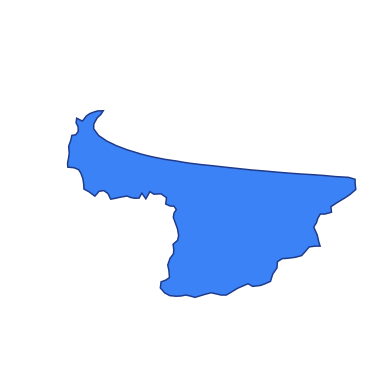 the district of Praia Grande, São Paulo, Brazil, rotated 213°
{"feature_id": "56859067B11159751681526", "entity_name": "Praia Grande", "entity_type": "district", "adm_level": 2, "iso_a3": "BRA", "parent_name": "Brazil", "parent_adm1": "São Paulo", "projection": "robinson", "projection_center": [-46.504, -24.018], "detail": "fine", "context": "isolated", "style": "filled", "palette": "blue", "viewbox_px": 384, "rotation_deg": 213, "n_neighbors": 0, "source": "geoboundaries", "source_scale": "gbopen_adm2", "svg_char_len": 1772}
<svg xmlns="http://www.w3.org/2000/svg" viewBox="0 0 384 384"><g transform="rotate(213 192 192)"><path d="M62.2,291.5L68.8,289.5L80.0,283.1L90.0,277.9L99.6,272.6L110.5,266.4L119.6,261.4L130.5,255.5L143.4,248.7L153.7,243.1L165.5,237.1L177.3,231.1L188.3,225.6L193.0,223.2L198.6,220.3L209.2,215.1L215.1,212.4L220.8,210.0L232.6,204.6L244.4,199.9L249.7,198.0L255.9,195.9L269.7,192.0L280.9,189.6L291.2,188.3L301.0,188.5L308.8,191.4L311.4,195.5L311.9,202.6L310.7,207.4L310.7,211.8L315.4,208.5L318.0,205.4L320.4,202.1L322.0,198.2L322.5,191.8L328.9,191.1L327.0,187.0L323.0,184.6L320.4,180.8L320.7,176.7L323.6,174.0L321.9,169.6L320.3,163.1L316.0,157.5L313.7,152.5L312.2,148.6L309.7,145.2L304.1,148.1L299.3,149.0L295.7,147.4L290.9,143.9L287.1,139.6L284.2,135.6L278.4,136.1L271.2,135.6L270.3,142.0L266.6,145.2L261.6,144.9L256.3,141.7L252.9,144.9L248.7,149.2L244.2,153.3L240.4,154.0L237.0,155.4L233.1,158.0L233.4,163.7L227.0,161.1L227.5,169.4L222.8,169.4L217.0,173.6L210.3,173.4L207.5,167.6L202.8,168.3L199.4,170.3L195.6,168.7L195.6,164.6L193.9,160.6L184.1,153.2L179.4,148.1L177.8,143.5L179.4,137.8L175.9,133.8L173.9,130.1L174.3,124.4L172.6,117.6L168.2,113.1L164.3,107.9L166.1,103.7L169.0,99.8L166.3,94.3L160.1,92.5L154.2,93.0L148.6,95.9L144.6,98.8L141.0,102.3L136.2,104.0L132.1,105.3L125.5,113.1L121.1,117.9L115.5,120.0L111.3,121.5L107.2,124.2L104.3,129.9L101.5,135.8L98.9,139.8L95.0,145.6L89.7,145.9L83.7,150.9L80.7,154.9L77.5,159.8L79.6,167.2L79.4,174.6L82.4,180.1L80.1,185.2L75.7,188.5L69.9,193.4L65.4,198.4L64.6,203.6L63.8,209.8L59.3,213.6L55.1,216.4L58.6,219.3L63.5,224.1L70.8,228.9L70.9,234.0L72.2,238.6L72.4,243.4L68.6,245.8L64.0,251.0L67.5,255.3L64.5,262.2L60.1,271.3L58.2,275.8L56.0,283.3L59.6,287.7L62.2,291.5Z" fill="#3b82f6" stroke="#1e3a8a" stroke-width="1.5"/></g></svg>